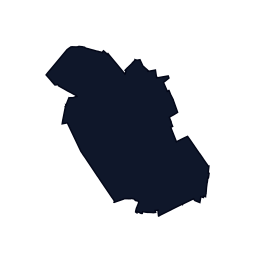 outline of Alphen aan den Rijn, Zuid-Holland, Netherlands, rotated 246°
{"feature_id": "6326949B35182149476625", "entity_name": "Alphen aan den Rijn", "entity_type": "district", "adm_level": 2, "iso_a3": "NLD", "parent_name": "Netherlands", "parent_adm1": "Zuid-Holland", "projection": "robinson", "projection_center": [4.634, 52.113], "detail": "fine", "context": "isolated", "style": "filled", "palette": "ink", "viewbox_px": 256, "rotation_deg": 246, "n_neighbors": 0, "source": "geoboundaries", "source_scale": "gbopen_adm2", "svg_char_len": 5178}
<svg xmlns="http://www.w3.org/2000/svg" viewBox="0 0 256 256"><g transform="rotate(246 128 128)"><path d="M140.6,180.5L145.6,180.7L145.7,180.4L145.6,180.1L145.6,179.9L145.6,179.7L145.4,179.5L145.4,178.8L154.2,178.9L155.2,179.0L155.3,179.2L155.5,179.8L155.5,180.0L155.6,180.4L155.6,180.6L155.8,181.2L156.2,182.8L156.4,183.4L156.6,184.3L156.7,184.7L157.0,185.7L159.2,185.9L159.7,184.0L162.0,174.8L162.8,175.0L162.9,174.7L169.8,176.6L171.2,170.7L171.6,169.3L171.8,169.3L171.7,169.7L171.8,169.7L171.8,169.9L172.1,169.7L172.4,169.6L173.6,169.1L174.2,168.8L174.7,168.6L175.5,168.2L175.8,168.1L176.3,167.8L177.0,167.6L177.5,167.3L177.6,167.2L177.8,167.2L178.4,166.9L178.6,166.8L185.5,166.7L185.6,166.2L185.7,165.9L185.9,165.2L186.0,164.7L186.3,163.8L186.4,163.5L186.6,163.4L186.8,163.2L187.0,162.8L187.4,162.4L187.6,162.2L187.4,162.1L187.0,161.5L186.4,160.5L185.9,159.4L186.0,159.3L185.9,159.2L185.8,158.9L185.7,159.0L185.6,158.8L185.2,157.8L185.0,157.2L184.9,156.8L184.7,156.3L184.6,156.1L184.4,155.6L184.3,155.2L184.2,154.9L183.8,153.8L183.4,152.8L183.3,152.4L183.2,152.0L183.0,151.5L182.8,151.1L182.6,150.6L181.9,148.8L180.6,149.2L180.4,149.2L180.1,148.6L179.2,147.9L178.9,147.8L178.8,147.7L178.5,147.1L186.8,144.8L191.5,143.5L195.3,142.4L203.1,140.2L203.3,140.2L204.0,140.0L203.4,139.3L204.5,138.8L208.3,137.1L208.5,137.0L208.3,136.6L208.2,136.4L207.9,135.9L207.6,135.5L207.3,135.1L207.8,134.8L208.0,134.5L208.5,134.0L208.8,133.5L209.6,132.4L209.8,132.3L210.0,132.1L210.6,131.2L211.4,130.1L212.2,129.2L212.8,128.5L213.7,127.4L214.0,126.9L214.4,126.5L215.6,125.0L216.0,124.6L217.0,123.3L218.3,121.7L218.6,121.4L219.1,121.4L219.4,121.2L219.5,121.1L219.8,120.6L221.0,119.0L221.4,118.2L222.0,117.2L222.4,116.5L222.6,115.8L222.6,115.6L222.5,115.3L222.4,115.2L222.5,115.1L222.6,114.9L222.9,114.2L223.7,112.4L223.9,112.0L224.1,111.4L224.3,111.2L224.5,110.8L224.9,109.9L225.0,109.6L225.3,108.8L225.3,108.7L225.2,108.5L225.2,108.4L224.9,106.7L224.8,106.8L224.8,106.6L224.7,106.3L224.4,104.3L219.8,95.0L213.9,83.0L211.1,77.2L209.8,74.8L203.1,76.9L203.1,77.0L202.8,77.1L202.7,77.1L202.4,77.1L202.2,77.1L197.1,78.7L196.6,79.8L196.5,81.5L196.4,81.6L195.0,81.8L194.9,81.7L194.6,81.9L194.3,82.1L192.4,83.5L191.2,84.4L189.5,85.7L188.5,86.4L188.2,86.6L187.6,87.1L186.8,87.6L185.1,89.0L184.4,89.5L184.2,89.7L184.2,89.8L183.8,90.0L183.5,90.3L181.4,91.8L180.4,92.6L180.1,92.9L178.7,94.0L177.7,94.1L177.9,93.5L178.0,93.2L178.0,92.5L177.9,91.8L178.0,91.3L177.9,91.0L178.0,90.4L178.0,90.2L178.3,89.6L178.5,89.2L178.7,88.7L179.1,87.7L179.4,86.7L179.5,86.6L179.3,86.5L179.1,86.4L179.1,86.2L179.3,86.0L178.6,85.3L174.4,81.0L174.3,80.9L174.2,80.9L174.3,80.8L174.2,80.8L174.2,80.7L173.8,80.3L173.1,79.5L172.9,79.4L172.9,79.2L172.4,79.2L170.2,77.6L169.2,76.9L162.5,72.2L161.4,71.4L161.2,71.3L158.6,69.6L157.4,74.7L125.9,75.5L125.3,75.6L124.7,75.7L123.7,75.9L121.6,76.2L118.2,76.9L112.8,77.8L106.0,79.0L105.9,79.0L103.6,79.4L100.0,80.0L99.0,80.2L98.2,80.3L96.5,80.6L96.0,80.7L95.7,80.8L94.6,81.0L92.1,81.4L90.9,81.6L84.1,82.8L76.4,84.2L71.3,85.1L70.1,85.4L68.2,85.7L66.8,85.9L66.7,85.9L65.8,85.0L65.7,85.1L65.5,87.9L65.3,90.1L64.9,94.7L64.9,96.0L64.7,96.4L64.1,97.8L63.9,98.3L63.7,98.8L63.5,99.1L63.1,99.9L62.9,100.5L62.5,101.1L62.4,101.7L62.4,102.0L62.3,102.3L62.1,102.6L61.9,103.0L61.6,103.4L61.3,104.0L61.2,104.2L60.9,104.5L60.7,104.6L60.3,104.8L60.0,104.8L59.7,105.0L58.9,105.3L58.7,105.4L58.5,105.6L58.2,106.0L57.9,106.5L57.8,106.9L57.7,106.9L57.4,107.1L57.1,107.4L56.1,107.8L55.0,106.9L54.6,106.6L54.4,106.4L53.0,104.9L51.9,103.8L51.5,103.3L51.4,103.2L50.7,102.6L49.4,101.6L49.0,101.3L48.2,100.8L47.0,101.5L46.8,101.7L47.4,102.2L47.4,102.3L47.8,102.6L46.9,103.3L46.6,103.6L46.3,103.9L44.7,105.2L44.5,105.5L44.5,105.8L44.4,105.9L44.2,106.3L45.0,106.9L45.3,107.1L45.6,107.3L45.0,108.3L44.0,109.8L43.4,110.8L43.5,110.8L42.6,112.4L41.3,115.1L41.1,115.4L40.3,116.8L39.7,118.9L41.6,119.2L40.7,122.0L40.4,121.9L40.1,121.7L39.3,121.5L38.3,121.1L37.9,121.0L37.5,120.8L36.6,120.6L36.4,120.5L35.9,120.4L35.7,120.3L35.4,120.1L35.2,120.1L35.1,120.7L35.2,121.5L35.3,121.7L35.4,124.1L35.7,130.6L35.8,133.8L35.9,134.6L36.0,136.6L36.1,138.9L36.4,146.7L36.3,146.9L36.3,147.0L36.2,147.0L36.3,147.1L36.4,149.6L36.6,155.7L36.7,159.2L35.9,159.2L35.4,159.3L35.2,159.4L34.9,159.5L34.6,159.6L34.4,159.7L34.2,159.9L31.1,162.9L30.7,163.3L35.7,166.7L34.2,168.2L33.9,168.6L34.8,169.1L34.7,169.2L35.0,169.4L33.7,170.9L34.7,171.4L35.6,172.0L36.0,172.3L36.3,172.6L36.6,172.7L37.4,173.1L37.8,173.4L38.4,173.7L39.0,174.0L39.3,174.2L41.9,175.6L46.0,178.1L46.1,178.3L46.4,178.5L50.3,180.8L49.8,181.2L49.9,181.3L53.6,183.6L54.1,183.0L55.0,183.5L55.4,183.6L55.6,183.7L56.3,184.1L60.3,186.4L60.5,185.8L67.7,184.4L68.8,184.2L69.1,184.0L69.3,184.0L69.6,184.1L75.9,182.9L76.6,182.6L76.8,182.6L77.7,182.5L79.1,182.2L90.0,180.2L96.1,179.0L96.1,176.0L95.7,166.6L111.3,167.3L111.3,168.4L111.3,169.4L116.0,169.6L116.0,169.9L120.0,170.0L121.0,170.2L121.3,172.2L121.4,173.2L121.4,173.4L121.4,173.5L121.4,174.0L121.5,174.2L121.5,174.8L121.6,175.6L121.7,176.6L121.8,176.9L122.0,178.8L122.1,179.2L122.1,179.3L122.2,179.7L122.3,179.7L135.3,180.7L135.4,180.8L139.6,180.6L139.9,180.6L140.6,180.5Z" fill="#0f172a" stroke="#020617" stroke-width="1.5"/></g></svg>